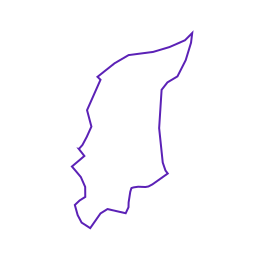 map outline of Famagusta (Mercator projection), rotated 281°
{"feature_id": "CYP-3466", "entity_name": "Famagusta", "entity_type": "District", "adm_level": 1, "iso_a3": "CYP", "parent_name": "Cyprus", "parent_adm1": "", "projection": "mercator", "projection_center": [33.923, 35.018], "detail": "fine", "context": "isolated", "style": "outline", "palette": "violet", "viewbox_px": 256, "rotation_deg": 281, "n_neighbors": 0, "source": "natural_earth", "source_scale": "10m", "svg_char_len": 706}
<svg xmlns="http://www.w3.org/2000/svg" viewBox="0 0 256 256"><g transform="rotate(281 128 128)"><path d="M98.1,83.7L98.1,83.8L102.6,86.5L111.4,89.2L122.4,91.8L137.7,84.4L170.1,91.8L172.4,88.3L179.2,94.1L189.0,102.5L199.7,114.7L207.5,138.2L215.4,153.3L225.0,167.2L233.5,172.9L223.7,173.6L205.6,171.7L188.1,166.7L180.3,158.0L171.9,153.7L133.8,158.6L100.7,168.7L93.4,172.9L90.9,175.7L77.3,162.7L74.5,159.2L73.4,156.4L72.3,149.2L70.8,144.9L69.8,143.0L69.6,142.8L65.8,142.4L55.1,142.8L50.3,143.6L43.9,142.0L44.5,123.3L38.9,117.3L22.5,110.0L26.3,100.5L32.9,95.2L42.3,90.5L47.7,94.4L52.2,99.2L62.0,97.2L70.8,91.1L75.7,85.1L79.5,80.3L92.2,90.5L98.1,83.7Z" fill="none" stroke="#5b21b6" stroke-width="2"/></g></svg>